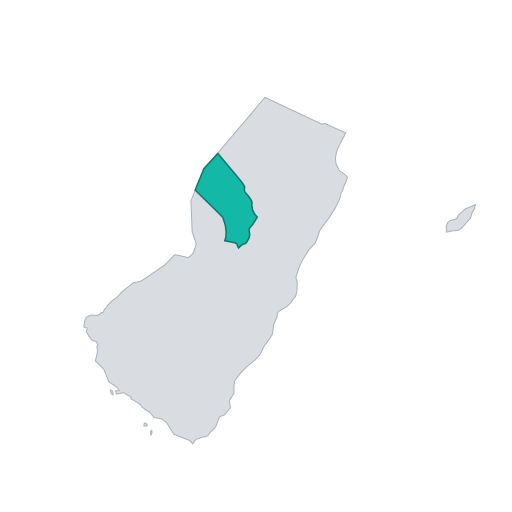 Al Qaff, Hadramawt, Yemen (highlighted), rotated 319°
{"feature_id": "15242507B27832262197062", "entity_name": "Al Qaff", "entity_type": "district", "adm_level": 2, "iso_a3": "YEM", "parent_name": "Yemen", "parent_adm1": "Hadramawt", "projection": "albers", "projection_center": [48.909, 17.431], "detail": "fine", "context": "in_parent", "style": "filled", "palette": "teal", "viewbox_px": 512, "rotation_deg": 319, "n_neighbors": 0, "source": "geoboundaries", "source_scale": "gbopen_adm2", "svg_char_len": 8176}
<svg xmlns="http://www.w3.org/2000/svg" viewBox="0 0 512 512"><g transform="rotate(319 256 256)"><path d="M404.5,222.0L388.1,228.5L383.7,231.3L379.8,234.7L376.9,238.9L374.9,246.3L376.6,253.0L376.6,256.6L372.3,259.1L368.3,260.9L363.9,263.6L361.2,264.3L359.0,266.4L356.4,267.9L347.2,271.8L337.0,274.9L320.8,278.5L314.6,282.4L308.9,285.1L300.3,285.9L288.4,289.6L281.8,292.5L273.6,297.2L271.8,298.7L270.3,302.2L267.8,305.2L262.9,310.1L259.1,312.6L256.6,312.8L251.8,314.1L246.1,314.4L236.5,312.6L234.0,313.8L232.0,315.7L224.6,319.1L217.0,325.8L211.4,327.5L202.5,329.5L196.2,332.3L192.0,333.4L186.6,333.9L176.6,333.5L167.1,334.3L158.3,336.1L154.1,339.6L149.3,345.2L141.5,347.5L139.7,349.5L137.2,353.6L132.2,354.6L127.7,355.2L123.1,353.3L114.3,358.1L110.9,358.9L105.9,359.0L102.4,359.9L99.8,359.6L96.7,357.5L90.0,354.9L85.0,356.3L84.8,351.5L77.0,336.7L79.1,323.9L79.1,322.1L77.7,316.4L73.0,311.0L73.4,304.4L71.9,299.7L70.8,294.8L71.2,293.5L71.3,292.3L69.1,284.8L68.3,283.2L68.1,281.7L68.9,280.5L68.9,279.1L67.7,276.8L66.5,272.3L60.0,268.7L61.4,265.5L62.7,266.7L64.4,267.7L64.8,265.7L64.9,264.1L62.4,254.3L66.9,241.5L65.9,229.8L72.2,225.3L73.8,223.9L74.8,222.7L76.3,220.1L78.3,219.3L79.1,216.5L79.1,215.1L77.8,213.8L77.0,210.6L77.4,206.4L77.8,204.7L78.5,201.6L80.7,200.5L81.3,199.5L79.7,197.5L79.8,196.3L83.6,193.1L85.1,192.1L87.4,191.1L89.3,191.2L91.4,191.8L93.3,192.8L95.1,194.6L97.0,196.6L99.9,197.4L102.0,197.3L103.6,198.2L105.0,197.7L106.6,196.8L109.2,196.9L111.5,195.8L118.0,195.4L124.3,195.9L130.9,195.1L137.4,195.3L144.0,195.6L145.5,195.7L146.9,196.3L152.4,199.4L156.6,200.1L165.1,201.0L174.1,202.1L182.0,202.9L188.6,202.3L194.2,201.8L195.7,201.9L197.3,203.8L200.6,208.4L203.7,212.7L209.2,213.0L212.7,211.4L216.6,209.2L219.0,207.4L221.8,200.4L223.6,195.9L227.7,190.8L231.2,186.6L235.7,180.9L238.2,177.8L243.1,171.7L247.8,169.3L256.9,164.7L265.7,160.1L271.5,157.1L276.4,155.8L284.6,154.6L294.3,153.2L303.9,151.8L314.2,150.2L325.6,148.5L333.5,147.3L343.5,145.8L351.8,144.5L359.2,143.3L366.8,142.1L368.3,145.5L369.8,148.9L371.3,152.3L372.8,155.7L374.3,159.1L375.8,162.5L377.3,165.9L378.8,169.3L380.3,172.7L381.8,176.1L383.3,179.5L384.8,183.0L386.3,186.4L387.8,189.8L389.3,193.2L390.9,196.6L392.3,199.9L394.7,200.9L396.2,204.1L398.3,208.6L400.3,213.0L402.4,217.5L404.5,222.0ZM430.3,359.0L432.4,359.3L435.5,358.1L444.5,357.7L455.5,361.2L453.5,362.2L452.3,363.6L447.5,365.0L442.9,368.1L429.1,369.9L425.0,369.2L421.6,366.4L415.3,362.9L417.7,360.5L418.2,359.4L419.1,358.3L422.6,356.5L426.0,356.7L430.3,359.0ZM62.9,312.1L62.5,312.8L61.9,312.6L59.8,310.7L62.2,308.8L63.3,310.7L62.9,312.1ZM57.8,266.2L56.8,266.9L56.5,265.6L57.3,262.6L58.4,261.8L59.1,264.0L58.5,265.2L57.8,266.2ZM61.6,321.2L59.3,322.2L60.9,319.5L62.5,319.0L62.9,319.1L61.6,321.2Z" fill="#d9dde1" stroke="#a8b0b8" stroke-width="1"/><path d="M294.5,153.6L292.4,153.8L289.8,154.1L287.1,154.4L284.4,154.7L281.8,155.0L279.2,155.3L276.6,155.6L273.9,155.9L271.5,157.2L270.1,157.9L268.6,158.6L266.3,159.8L264.8,160.6L263.3,161.3L260.9,162.5L259.5,163.2L257.9,164.0L255.7,165.2L253.3,166.3L253.8,172.3L255.2,189.8L255.4,192.4L256.0,200.0L256.1,202.4L256.1,202.6L256.2,202.9L256.2,203.1L256.2,203.4L256.2,203.6L256.2,203.8L256.2,204.5L256.2,204.8L256.1,205.0L256.1,205.3L256.0,205.6L256.0,205.8L255.9,206.0L255.8,206.3L255.7,206.5L255.5,206.9L255.3,207.2L255.2,207.5L255.0,207.9L254.9,208.3L254.8,208.5L254.7,208.8L254.6,209.0L254.4,209.4L254.3,209.7L254.2,209.9L254.2,210.1L254.1,210.4L254.0,210.6L253.9,210.7L253.8,210.9L253.7,211.1L253.6,211.3L253.5,211.6L253.4,211.8L253.1,212.3L253.0,212.5L252.9,212.7L252.8,213.0L252.7,213.2L252.5,213.4L252.4,213.7L252.2,213.9L252.1,214.1L252.0,214.3L251.8,214.6L251.7,214.7L251.6,214.8L251.5,215.0L251.3,215.2L251.2,215.4L251.0,215.6L250.8,215.9L250.7,216.1L250.6,216.3L250.4,216.6L250.2,216.8L250.1,217.1L249.9,217.3L249.7,217.6L249.6,217.8L249.4,218.0L249.1,218.4L248.9,218.6L248.8,218.8L248.6,219.0L248.4,219.1L248.2,219.3L248.1,219.5L247.9,219.7L247.7,219.9L247.5,220.1L247.3,220.3L247.2,220.5L246.9,220.8L246.6,221.0L246.2,221.4L246.1,221.6L245.9,221.7L245.7,221.9L245.5,222.1L245.3,222.2L245.2,222.3L244.9,222.4L244.7,222.6L244.1,223.0L243.6,223.3L243.4,223.4L243.2,223.5L242.9,223.6L242.7,223.7L242.5,223.9L242.4,224.0L242.6,224.3L242.8,224.5L243.0,224.8L243.2,225.0L243.3,225.3L243.6,225.7L243.8,225.9L243.9,226.1L244.1,226.3L244.3,226.5L244.5,226.7L244.7,226.9L245.2,227.5L245.3,227.7L245.5,227.9L245.6,228.0L245.8,228.3L246.0,228.5L246.3,228.9L246.5,229.2L246.7,229.4L246.8,229.6L247.0,229.8L247.1,230.0L247.3,230.2L247.4,230.4L247.6,230.7L247.7,230.8L247.9,231.1L248.0,231.3L248.2,231.5L248.3,231.7L248.5,231.9L248.6,232.1L248.8,232.4L248.8,232.5L249.0,232.9L249.2,233.2L249.3,233.4L249.3,233.6L249.4,233.8L249.4,234.1L249.4,234.4L249.4,234.6L249.3,234.9L249.2,235.1L249.1,235.3L249.0,235.5L248.9,235.8L248.8,236.0L248.7,236.3L248.7,236.5L248.5,236.8L248.5,237.0L248.4,237.2L248.3,237.4L248.3,237.7L248.2,238.0L248.1,238.5L248.4,238.5L248.7,238.5L249.0,238.5L249.3,238.5L249.6,238.4L249.9,238.4L250.2,238.4L250.4,238.4L250.6,238.4L250.9,238.4L251.1,238.4L251.4,238.4L251.6,238.3L251.9,238.4L252.1,238.4L252.3,238.4L252.6,238.4L252.8,238.5L253.1,238.5L253.3,238.6L253.6,238.6L253.8,238.7L254.0,238.7L254.3,238.8L254.6,238.9L254.8,239.0L255.0,239.1L255.4,239.4L255.6,239.5L255.8,239.5L256.1,239.5L256.3,239.6L256.6,239.6L257.2,239.6L257.4,239.6L257.6,239.6L257.9,239.5L258.0,239.5L258.4,239.4L258.6,239.3L258.9,239.2L259.1,239.1L259.3,239.0L259.5,239.0L259.8,238.9L260.0,238.8L260.2,238.7L260.4,238.6L260.7,238.6L260.9,238.5L261.2,238.4L261.5,238.3L261.9,238.2L262.2,238.0L262.4,237.9L262.7,237.8L262.9,237.6L263.1,237.5L263.3,237.3L263.5,237.2L263.8,237.0L263.9,236.9L264.0,236.8L264.2,236.7L264.4,236.5L264.6,236.4L264.8,236.2L265.0,236.0L265.2,235.8L265.3,235.6L265.5,235.4L265.6,235.2L265.9,234.8L266.1,234.5L266.2,234.3L266.5,234.0L266.6,233.6L266.8,233.4L267.0,233.2L267.1,232.9L267.2,232.7L267.4,232.4L267.5,232.3L267.6,232.2L267.8,231.9L268.1,231.6L268.4,231.5L268.6,231.3L268.8,231.1L269.0,231.0L269.3,231.0L269.5,230.8L269.7,230.7L269.9,230.7L270.1,230.6L270.4,230.6L270.6,230.5L270.9,230.5L271.1,230.4L271.4,230.4L271.6,230.4L271.8,230.4L272.0,230.4L272.5,230.3L273.0,230.2L273.4,230.2L273.7,230.1L274.0,230.1L274.4,230.0L274.5,230.0L274.7,229.9L274.9,229.9L275.2,229.8L275.4,229.7L275.7,229.6L276.0,229.5L276.3,229.4L276.6,229.3L277.0,229.2L277.3,229.1L277.6,229.1L277.8,229.0L278.1,229.0L278.4,228.9L278.6,228.8L278.9,228.7L279.1,228.6L279.3,228.6L279.5,228.5L279.8,228.4L280.0,228.3L280.2,228.2L280.5,228.1L281.0,227.9L281.4,227.8L281.7,227.7L282.0,227.6L282.5,227.4L282.5,227.2L282.5,226.8L282.5,226.7L282.5,226.4L282.5,226.1L282.5,225.8L282.5,225.6L282.5,225.3L282.5,224.9L282.5,224.6L282.5,224.4L282.5,224.1L282.5,223.9L282.6,223.6L282.6,223.3L282.6,223.1L282.7,222.9L282.7,222.6L282.8,222.3L282.8,222.1L282.9,221.8L283.0,221.6L283.0,221.3L283.1,221.2L283.2,220.9L283.3,220.6L283.3,220.4L283.4,220.2L283.4,219.9L283.5,219.7L283.5,219.4L283.6,219.2L283.8,218.8L283.9,218.5L284.1,218.1L284.3,217.9L284.4,217.7L284.5,217.6L284.6,217.4L285.0,216.8L285.2,216.6L285.3,216.4L285.4,216.2L285.6,216.0L285.7,215.8L285.8,215.6L285.9,215.4L286.1,215.1L286.2,214.9L286.4,214.8L286.6,214.5L286.8,214.3L286.9,214.2L287.0,214.1L287.2,213.9L287.5,213.6L287.7,213.3L287.9,213.1L288.1,212.9L288.3,212.7L288.5,212.3L288.6,212.0L288.7,211.8L288.8,211.5L288.8,211.3L288.9,211.1L289.0,210.8L289.0,210.6L289.0,210.3L289.1,210.1L289.1,209.9L289.2,209.5L289.2,209.3L289.2,209.0L289.3,208.8L289.3,208.6L289.3,208.3L289.4,208.0L289.4,207.8L289.5,207.2L289.5,206.7L289.5,206.2L289.6,205.9L289.6,205.7L289.6,205.2L289.6,204.5L289.6,203.9L289.6,203.6L289.6,203.3L289.6,203.0L289.6,202.8L289.6,202.5L289.6,202.2L289.6,201.7L289.6,201.2L289.6,200.9L289.7,200.6L289.7,200.4L289.8,200.1L289.8,199.9L289.9,199.7L290.0,199.4L290.1,199.2L290.4,198.9L290.6,198.7L290.9,198.2L291.1,198.0L291.2,197.8L291.4,197.6L291.5,197.4L291.9,197.1L292.1,197.0L292.3,196.8L292.6,196.5L292.8,196.3L292.9,196.1L293.0,195.9L293.1,195.6L293.1,195.3L293.1,195.1L293.2,194.8L293.2,194.7L293.3,194.6L293.3,194.4L293.7,191.3L294.0,181.7L294.1,175.5L294.5,153.6Z" fill="#14b8a6" stroke="#0f766e" stroke-width="1.5"/></g></svg>